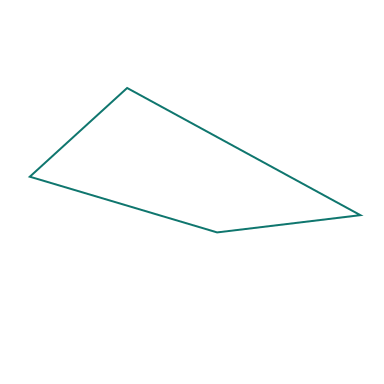 SVG path tracing the border of Rakahanga, rotated 52°
{"feature_id": "COK-4960", "entity_name": "Rakahanga", "entity_type": "state/province", "adm_level": 1, "iso_a3": "COK", "parent_name": "Cook Islands", "parent_adm1": "", "projection": "mercator", "projection_center": [-161.082, -10.036], "detail": "fine", "context": "isolated", "style": "outline", "palette": "teal", "viewbox_px": 384, "rotation_deg": 52, "n_neighbors": 0, "source": "natural_earth", "source_scale": "10m", "svg_char_len": 221}
<svg xmlns="http://www.w3.org/2000/svg" viewBox="0 0 384 384"><g transform="rotate(52 192 192)"><path d="M70.1,179.1L313.9,73.6L239.3,197.1L80.1,310.4L70.1,179.1Z" fill="none" stroke="#0f766e" stroke-width="2"/></g></svg>